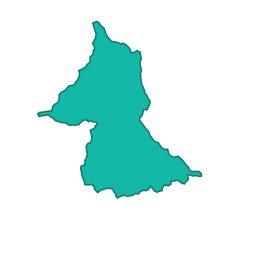 the district of Taquarivaí, São Paulo, Brazil, rotated 34°
{"feature_id": "56859067B24863569730487", "entity_name": "Taquarivaí", "entity_type": "district", "adm_level": 2, "iso_a3": "BRA", "parent_name": "Brazil", "parent_adm1": "São Paulo", "projection": "orthographic", "projection_center": [-48.686, -23.94], "detail": "fine", "context": "isolated", "style": "filled", "palette": "teal", "viewbox_px": 256, "rotation_deg": 34, "n_neighbors": 0, "source": "geoboundaries", "source_scale": "gbopen_adm2", "svg_char_len": 2458}
<svg xmlns="http://www.w3.org/2000/svg" viewBox="0 0 256 256"><g transform="rotate(34 128 128)"><path d="M85.0,61.1L79.8,60.2L77.0,60.3L74.9,62.4L72.0,62.7L69.8,63.5L67.1,65.0L64.9,65.2L60.4,64.0L56.9,62.1L55.1,60.8L52.1,58.6L48.0,58.4L45.4,56.9L42.6,57.1L40.1,60.7L44.1,64.1L48.8,67.6L50.6,71.0L51.0,73.8L51.4,77.7L53.4,78.7L56.0,80.4L56.0,83.2L58.0,86.6L56.8,90.2L58.1,92.1L59.8,94.3L58.7,97.7L58.6,101.3L57.0,105.2L55.1,107.9L57.6,110.0L58.9,113.3L59.3,116.5L58.8,123.4L56.0,125.3L55.2,127.5L55.1,130.9L54.0,133.5L52.7,135.9L52.4,139.2L55.5,143.7L55.2,146.9L54.2,149.1L53.4,151.7L55.3,156.4L51.6,159.5L47.8,163.2L46.0,164.5L45.2,166.7L47.5,168.2L49.5,166.5L51.7,164.3L54.7,161.5L58.1,162.1L60.4,161.7L63.8,162.5L66.8,161.5L70.1,160.6L73.0,158.7L76.3,158.8L78.7,158.1L81.1,156.0L83.4,154.6L85.5,152.5L85.5,150.0L87.1,146.0L89.2,144.5L91.7,145.0L93.4,142.5L96.1,142.4L98.2,140.9L100.4,141.5L99.7,144.4L100.4,146.6L99.3,148.7L98.0,151.0L100.8,153.6L102.6,155.2L104.3,158.0L105.1,161.1L103.4,163.2L103.5,166.4L106.2,169.7L108.6,172.1L110.0,175.5L110.5,179.1L111.7,180.9L112.7,183.2L110.5,185.8L111.7,188.6L113.5,189.8L115.0,191.8L117.8,194.2L121.8,196.8L123.9,199.1L126.5,197.7L129.3,195.3L132.4,195.0L134.4,197.5L139.0,198.5L140.1,194.9L144.1,190.0L146.5,188.4L149.6,187.1L151.6,188.7L154.6,189.5L156.1,191.2L158.2,192.1L159.5,189.8L161.7,186.3L165.7,184.8L169.0,181.8L170.9,178.2L173.4,176.9L173.9,173.6L175.0,171.6L178.0,169.8L179.3,167.6L179.0,163.7L182.3,164.4L184.9,165.4L188.1,164.9L189.8,162.3L191.4,160.9L189.8,158.1L190.2,154.7L193.9,153.3L195.0,150.3L193.1,148.1L196.1,146.1L197.9,143.7L199.9,143.5L203.2,143.7L206.0,142.9L206.1,140.0L206.8,136.9L203.5,133.5L205.9,132.2L208.7,131.5L210.9,129.5L214.1,128.3L215.9,126.7L214.1,124.8L211.5,124.4L209.1,125.6L207.3,126.9L204.9,128.6L202.2,128.4L199.7,126.6L197.1,126.2L194.4,125.3L192.5,124.6L190.1,124.0L185.4,123.4L182.8,126.3L180.4,127.2L177.7,127.1L175.6,126.1L172.7,123.4L169.6,125.8L165.9,125.2L161.7,123.3L157.6,124.3L155.1,123.6L152.7,122.6L149.5,121.4L147.4,119.5L143.9,118.8L139.6,117.3L136.4,116.1L132.8,115.0L132.3,112.1L132.7,109.5L131.8,106.9L130.5,104.1L133.6,102.4L133.2,99.8L132.5,95.3L130.6,92.9L128.1,92.4L125.7,90.6L123.0,89.8L121.1,88.1L118.0,85.9L114.7,84.0L112.4,81.4L110.5,79.1L109.0,77.2L107.6,75.5L107.1,72.7L103.2,69.4L101.2,66.7L100.5,63.6L98.1,61.0L95.6,58.2L92.0,59.0L90.9,61.9L89.1,63.9L87.1,63.0L85.0,61.1Z" fill="#14b8a6" stroke="#0f766e" stroke-width="1.5"/></g></svg>